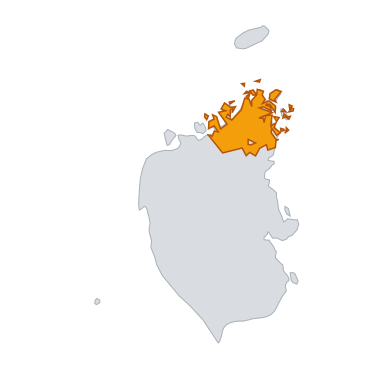 where South Jeolla sits in South Korea, rotated 171°
{"feature_id": "KOR-2506", "entity_name": "South Jeolla", "entity_type": "Metropolitan City", "adm_level": 1, "iso_a3": "KOR", "parent_name": "South Korea", "parent_adm1": "", "projection": "albers", "projection_center": [126.652, 34.734], "detail": "medium", "context": "in_parent", "style": "filled", "palette": "amber", "viewbox_px": 384, "rotation_deg": 171, "n_neighbors": 0, "source": "natural_earth", "source_scale": "10m", "svg_char_len": 5037}
<svg xmlns="http://www.w3.org/2000/svg" viewBox="0 0 384 384"><g transform="rotate(171 192 192)"><path d="M112.9,86.9L114.3,85.9L114.4,84.3L114.4,79.3L118.3,75.8L123.8,68.7L126.5,64.7L129.6,61.1L133.2,58.6L136.7,57.4L142.2,56.9L152.8,57.3L154.9,56.9L162.2,56.4L164.0,57.0L169.3,57.4L175.2,56.8L178.2,55.7L181.0,53.9L183.3,50.6L185.7,44.6L188.3,39.8L189.8,38.9L201.1,63.9L211.8,79.9L221.0,91.5L234.3,113.9L238.3,125.9L238.9,133.4L241.3,143.7L239.6,149.7L240.5,159.0L239.8,163.9L238.3,167.4L238.4,174.2L239.0,177.9L239.2,182.7L240.3,184.5L241.8,185.2L244.1,183.4L246.9,182.5L246.6,188.4L243.5,203.1L240.8,213.9L236.9,223.3L231.8,232.0L225.6,235.4L221.2,236.8L212.7,237.4L205.6,236.1L199.5,237.2L197.1,239.1L195.4,242.1L196.8,246.8L196.7,250.3L194.0,250.1L188.8,248.1L183.1,247.9L180.4,247.0L177.7,242.0L174.9,242.3L170.2,245.3L162.9,246.0L160.3,247.6L159.4,249.7L160.5,252.3L164.2,255.7L163.0,259.2L159.2,261.0L156.1,256.7L154.1,252.6L151.9,252.3L148.6,253.6L147.9,258.1L149.5,261.1L152.1,264.7L148.5,268.8L147.6,271.8L145.0,273.9L138.0,269.3L139.0,265.9L142.0,262.7L142.3,259.4L141.3,257.4L131.3,265.9L125.2,275.3L121.9,274.7L120.5,272.2L118.5,271.2L111.8,277.4L110.6,282.2L108.1,282.4L107.1,280.3L107.0,275.9L105.8,272.2L98.9,266.8L95.8,262.1L97.5,259.5L103.3,260.9L107.8,260.8L106.9,258.5L105.5,257.5L108.5,256.2L111.0,253.6L108.9,252.9L105.7,254.4L103.0,253.7L102.0,247.5L98.8,241.1L97.1,235.0L100.3,231.5L102.0,226.0L105.0,218.0L106.4,215.4L110.6,213.6L112.0,211.5L109.8,210.5L106.2,209.5L106.3,207.2L108.7,206.0L111.4,203.4L116.7,200.4L118.4,194.5L116.8,193.1L113.5,191.7L114.3,188.8L115.6,186.5L115.1,185.2L111.3,181.4L108.7,178.0L109.4,174.0L108.9,168.1L109.2,163.1L109.0,160.4L107.2,154.3L106.3,148.2L103.8,149.1L101.8,150.6L94.7,148.4L92.4,148.3L91.5,143.8L94.1,138.2L100.2,133.3L103.7,132.7L106.3,130.5L110.4,129.9L115.3,133.2L119.7,133.9L122.2,139.6L123.7,140.8L124.0,138.7L127.6,136.2L128.4,134.4L127.6,133.3L123.5,132.3L119.9,125.2L119.3,122.0L118.0,120.1L120.0,114.3L115.7,107.8L113.7,105.8L114.0,99.9L111.8,96.2L110.5,94.1L109.8,90.6L110.4,89.0L112.4,88.4L112.9,86.9ZM98.4,343.9L96.3,345.1L94.3,344.3L93.8,343.8L91.4,340.5L90.8,338.8L92.4,335.7L99.0,330.5L115.8,325.5L118.8,325.3L125.5,327.4L126.9,331.5L125.7,334.9L124.2,337.2L116.5,341.2L110.4,343.1L98.4,343.9ZM210.5,254.1L206.2,257.6L200.2,253.1L198.8,250.5L203.2,246.7L206.9,242.3L209.3,242.0L210.5,254.1ZM179.2,254.2L178.8,259.7L175.5,260.0L173.5,256.5L171.4,258.3L170.4,258.3L168.7,253.9L168.4,250.5L172.2,247.8L174.5,249.4L177.9,250.1L179.2,254.2ZM94.3,279.2L91.3,280.0L89.6,278.1L88.5,277.6L89.1,275.0L94.0,270.0L95.0,268.3L99.4,269.4L101.1,272.0L99.0,276.0L94.3,279.2ZM107.9,89.5L107.7,96.9L105.2,96.6L103.5,95.8L102.8,94.4L101.1,87.5L103.0,84.6L106.7,86.9L107.9,89.5ZM91.5,258.8L90.9,260.2L88.9,259.8L86.8,255.9L86.0,252.8L83.9,251.1L87.2,248.4L91.4,253.3L91.5,258.8ZM103.1,159.5L102.5,163.2L99.5,160.8L98.7,152.8L101.7,155.1L103.1,159.5ZM304.7,100.0L302.8,101.7L300.3,100.1L299.9,98.4L301.1,96.8L304.0,95.7L305.4,97.0L304.7,100.0ZM118.5,280.7L119.2,283.4L115.5,282.9L113.5,280.3L113.7,278.1L116.0,277.8L118.5,280.7ZM167.0,265.1L166.5,266.9L164.1,264.3L166.4,261.3L167.0,265.1Z" fill="#d9dde1" stroke="#a8b0b8" stroke-width="1"/><path d="M167.0,245.8L163.1,244.0L160.5,248.7L156.7,247.3L159.8,253.9L165.8,251.9L164.3,258.9L158.8,260.5L159.6,265.0L155.9,262.6L154.0,249.8L146.8,253.5L153.3,266.6L146.1,267.0L150.3,269.5L145.9,274.9L140.3,269.2L135.7,269.6L139.8,264.1L138.9,267.6L141.4,267.1L142.6,260.3L144.5,263.2L146.5,260.6L141.4,256.8L130.4,265.5L125.2,276.5L121.1,274.7L119.6,267.0L118.8,273.1L112.9,277.8L111.5,283.2L105.7,280.4L107.5,276.8L105.3,272.1L108.5,268.4L101.6,270.0L96.1,263.8L97.4,257.6L101.2,266.1L104.5,267.2L105.4,266.2L101.4,264.2L101.1,260.0L108.4,265.0L112.4,264.6L100.4,257.8L114.4,254.5L110.2,253.8L109.9,249.3L107.3,256.0L100.9,255.5L103.8,244.8L98.2,247.2L100.9,242.8L95.4,236.7L99.5,234.8L103.3,242.6L104.5,238.1L100.5,230.2L98.0,230.5L101.1,229.5L102.7,222.8L110.6,221.6L111.1,227.1L118.3,224.6L123.6,217.7L128.8,222.1L132.8,219.4L135.6,227.6L155.6,225.8L167.0,245.8ZM129.1,230.2L126.7,229.3L121.6,230.5L128.3,235.2L129.1,230.2ZM101.1,272.0L99.5,277.0L93.2,279.8L88.2,277.3L95.9,270.6L95.0,267.7L101.1,272.0ZM119.0,282.7L115.5,283.1L113.5,278.4L116.5,278.0L119.0,282.7ZM135.4,275.4L140.8,272.9L141.2,274.9L135.4,275.4ZM166.2,261.2L167.8,264.2L167.0,267.1L164.0,264.6L166.2,261.2ZM88.8,240.8L86.9,237.9L91.3,235.6L89.6,236.9L88.8,240.8ZM97.4,248.3L99.4,253.7L94.3,251.9L97.4,248.3ZM119.5,280.1L121.7,275.3L123.5,278.0L119.5,280.1ZM83.9,256.0L80.3,259.2L78.6,258.4L79.5,256.2L83.9,256.0ZM84.9,248.7L87.3,250.9L83.0,251.4L84.9,248.7ZM91.1,257.5L88.7,259.6L86.8,256.6L91.1,257.5ZM82.5,258.9L82.4,263.0L79.6,261.2L82.5,258.9ZM88.9,254.8L86.7,252.1L90.6,250.9L88.9,254.8ZM94.5,241.0L91.7,239.8L91.0,238.3L94.6,238.1L94.5,241.0ZM125.0,280.9L122.5,283.0L118.7,281.2L125.0,280.9ZM123.8,288.4L126.0,291.2L123.1,291.1L123.8,288.4ZM108.2,290.0L112.0,291.5L107.0,292.3L108.2,290.0Z" fill="#f59e0b" stroke="#b45309" stroke-width="1.5"/></g></svg>